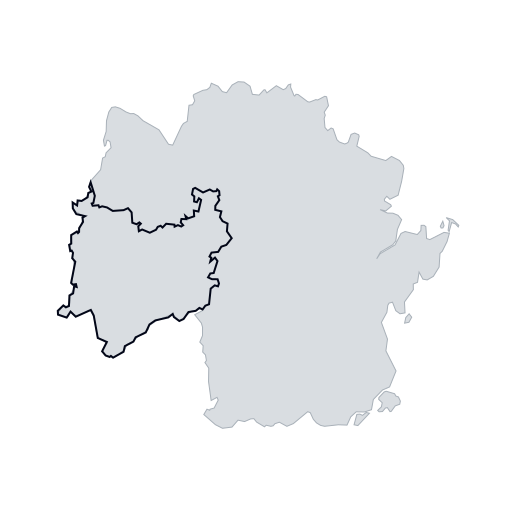 location of Bayern within Germany, rotated 103°
{"feature_id": "DEU-1591", "entity_name": "Bayern", "entity_type": "State", "adm_level": 1, "iso_a3": "DEU", "parent_name": "Germany", "parent_adm1": "", "projection": "natural_earth1", "projection_center": [10.676, 48.917], "detail": "medium", "context": "in_parent", "style": "outline", "palette": "ink", "viewbox_px": 512, "rotation_deg": 103, "n_neighbors": 0, "source": "natural_earth", "source_scale": "10m", "svg_char_len": 5549}
<svg xmlns="http://www.w3.org/2000/svg" viewBox="0 0 512 512"><g transform="rotate(103 256 256)"><path d="M220.2,434.1L206.9,426.8L195.1,427.5L193.2,425.2L189.2,425.3L183.1,421.6L177.7,423.8L176.5,426.0L176.8,427.2L182.3,427.4L183.0,428.4L177.5,430.7L168.4,430.0L157.8,432.1L148.8,431.8L143.7,430.0L142.3,426.6L142.7,421.7L144.9,415.1L145.6,410.3L144.7,407.2L146.0,402.6L149.6,396.5L154.9,378.9L166.8,366.4L166.7,362.1L146.4,357.8L143.1,356.5L140.3,353.3L124.2,355.2L122.9,351.9L118.6,350.6L114.1,353.2L112.6,352.9L106.5,345.0L105.0,341.3L102.1,338.9L97.7,338.4L99.1,331.2L103.4,325.8L103.5,321.4L94.7,317.7L90.2,312.7L89.2,306.8L91.9,300.0L99.3,295.9L98.5,289.2L92.4,285.7L92.0,284.6L94.6,282.1L85.5,274.5L87.8,266.9L86.2,264.7L82.0,263.0L80.6,260.8L83.7,260.3L91.2,255.0L91.4,254.2L89.4,253.4L89.2,251.3L94.1,240.2L93.9,238.3L90.2,232.9L90.1,231.0L84.9,224.9L85.0,223.0L93.3,219.2L100.5,221.9L103.2,220.2L106.7,220.5L115.3,217.7L117.7,214.3L114.4,211.6L114.8,209.4L124.5,203.3L126.2,200.4L126.9,194.8L125.7,192.9L124.4,191.7L116.1,190.7L114.0,187.5L114.8,183.2L116.2,182.4L126.3,182.5L130.4,170.1L132.9,166.3L133.8,151.0L128.5,146.4L130.7,137.7L134.5,132.9L137.5,131.6L150.5,130.9L164.8,131.2L170.6,138.3L168.4,142.0L171.8,143.7L173.5,143.1L175.7,136.3L177.0,135.3L182.9,139.7L182.9,145.5L184.6,137.7L183.5,132.2L184.4,126.8L187.8,122.3L198.3,124.2L209.9,123.2L214.3,125.3L224.1,135.6L231.6,137.8L225.9,135.6L213.9,123.0L201.4,119.8L198.6,116.2L198.8,103.7L194.1,101.1L189.0,102.0L188.3,99.2L189.2,97.1L200.6,93.7L200.9,90.3L190.7,78.1L190.3,72.7L199.0,73.1L209.5,75.6L212.1,77.3L225.6,75.1L235.9,78.6L240.8,83.8L241.0,88.2L235.0,93.5L245.3,92.7L247.9,96.5L253.4,95.1L267.4,101.0L277.9,98.0L279.9,102.7L277.8,107.5L270.3,112.6L272.0,115.8L274.4,116.5L281.4,115.8L292.5,118.9L307.4,109.2L319.2,108.1L336.5,93.7L353.5,96.4L358.1,102.6L369.4,109.4L379.8,108.9L383.6,115.3L385.3,123.3L391.4,127.5L400.3,129.3L401.9,137.7L406.5,150.9L406.5,155.0L405.0,159.5L402.2,163.4L396.4,167.9L396.1,170.6L410.9,181.9L415.0,187.6L412.7,195.8L415.1,199.8L417.6,201.1L418.6,203.2L418.6,208.0L420.5,209.3L417.7,218.0L415.0,221.5L415.9,224.5L419.9,229.9L420.0,236.6L428.1,240.9L431.4,249.9L429.5,257.6L422.2,271.2L416.3,269.3L416.7,266.4L415.6,266.3L413.6,262.6L404.9,260.4L402.5,262.2L406.9,267.2L389.0,274.0L375.9,276.8L371.3,281.8L369.0,280.8L363.7,283.0L361.6,286.3L355.3,287.3L352.5,291.4L345.6,290.2L337.3,292.1L333.6,294.2L327.0,302.5L321.4,296.1L320.1,296.1L319.7,298.2L323.0,302.8L324.3,306.6L334.0,313.6L336.1,316.6L331.5,324.3L340.9,338.0L348.0,344.5L352.0,344.5L360.8,353.0L366.6,356.0L371.0,361.9L376.7,362.8L385.4,369.9L387.2,372.4L386.2,381.3L381.9,384.5L374.6,381.5L370.3,392.5L351.8,400.3L346.5,405.1L346.5,406.7L354.2,415.9L354.2,420.0L352.1,424.3L357.4,425.4L358.2,427.6L356.8,436.4L348.7,433.2L347.2,428.4L343.8,426.9L335.9,428.5L325.2,424.4L324.3,429.4L306.0,431.1L293.3,435.9L289.6,439.0L279.6,440.6L277.2,440.4L273.0,434.3L256.0,432.7L253.3,442.0L251.0,444.6L246.0,446.3L246.6,442.1L241.4,440.6L241.2,437.8L237.7,435.0L229.0,431.5L225.2,434.0L220.2,434.1ZM379.1,97.8L380.1,101.0L379.1,102.7L374.8,99.9L370.6,100.0L368.1,104.2L366.2,104.4L359.6,100.5L358.5,98.7L359.0,90.0L361.0,88.2L361.3,85.5L364.9,82.7L368.1,82.6L370.7,86.6L377.0,89.3L377.5,90.4L374.2,93.9L375.0,95.7L379.1,97.8ZM398.3,118.6L398.4,122.5L387.6,122.1L386.7,119.2L387.3,116.4L383.7,113.4L383.7,110.1L398.3,118.6ZM178.2,75.4L175.8,79.3L176.3,72.5L180.5,65.3L182.2,65.5L179.9,68.8L179.4,72.9L188.8,73.3L187.7,74.6L178.2,75.4ZM288.0,96.1L282.3,96.2L277.9,93.8L280.6,90.5L286.2,92.1L288.0,96.1ZM187.1,81.9L185.6,83.1L180.1,81.8L184.2,79.6L186.6,80.2L187.1,81.9Z" fill="#d9dde1" stroke="#a8b0b8" stroke-width="1"/><path d="M320.1,296.0L319.3,299.5L323.0,302.4L325.8,309.2L333.7,312.4L336.6,316.1L333.9,322.3L331.2,324.1L335.6,327.7L341.4,339.6L346.7,344.4L355.3,346.2L362.3,355.0L367.0,356.2L373.3,363.5L379.1,363.5L387.2,372.4L386.0,374.9L387.3,375.9L386.8,380.1L383.5,384.5L373.3,382.0L371.5,391.7L350.5,400.7L345.7,404.8L355.7,418.0L351.9,424.2L358.6,426.6L357.7,435.7L354.0,436.8L347.5,432.6L348.8,429.7L346.8,427.0L336.4,428.9L333.6,425.8L326.3,426.4L326.5,423.8L323.9,425.1L325.1,428.1L323.8,430.1L302.2,430.8L299.5,434.6L294.1,435.0L292.2,436.8L293.0,438.1L287.2,440.6L285.5,438.8L277.2,440.8L272.4,436.0L273.7,434.6L272.4,433.8L268.6,434.6L261.7,432.2L257.7,433.7L255.6,431.5L255.6,440.5L250.8,445.2L245.1,446.7L247.0,441.7L242.0,442.3L241.6,438.3L236.7,433.3L232.3,433.6L230.3,430.9L226.2,434.2L221.4,433.7L233.6,426.6L240.9,426.4L241.8,427.9L243.8,426.5L242.0,420.9L243.9,419.6L242.2,417.1L242.2,412.1L244.3,405.7L241.1,395.3L238.2,391.5L241.5,387.0L251.4,384.0L251.9,379.5L249.5,377.2L250.4,375.5L253.5,377.4L258.2,375.7L255.8,372.9L257.2,364.7L252.9,359.3L249.7,358.3L248.0,355.7L249.3,353.5L244.8,350.8L243.8,342.5L245.7,341.9L243.5,339.0L244.1,335.5L242.4,333.9L240.2,336.9L236.7,337.0L235.8,332.2L232.9,333.7L234.6,330.6L231.2,325.2L225.7,326.8L225.6,322.1L213.7,322.1L212.6,324.6L216.9,325.7L216.8,328.6L211.8,329.5L210.5,332.2L204.8,332.4L203.3,330.6L206.0,321.9L201.6,316.0L202.7,312.3L201.7,309.2L199.8,308.8L201.1,306.5L205.0,305.2L206.4,306.6L209.8,304.3L216.3,306.9L220.2,306.1L220.3,299.8L226.2,299.9L229.6,296.4L230.8,291.0L238.5,289.9L244.1,283.7L251.9,287.4L254.7,291.9L260.5,293.8L262.7,300.1L267.0,301.2L267.7,299.2L271.8,299.3L266.8,295.6L269.6,292.4L282.1,293.4L283.3,296.6L287.6,297.9L288.5,293.8L287.3,288.2L291.1,285.9L294.1,286.2L293.9,289.6L298.0,292.8L313.6,290.9L315.8,294.2L320.1,296.0Z" fill="none" stroke="#020617" stroke-width="2"/></g></svg>